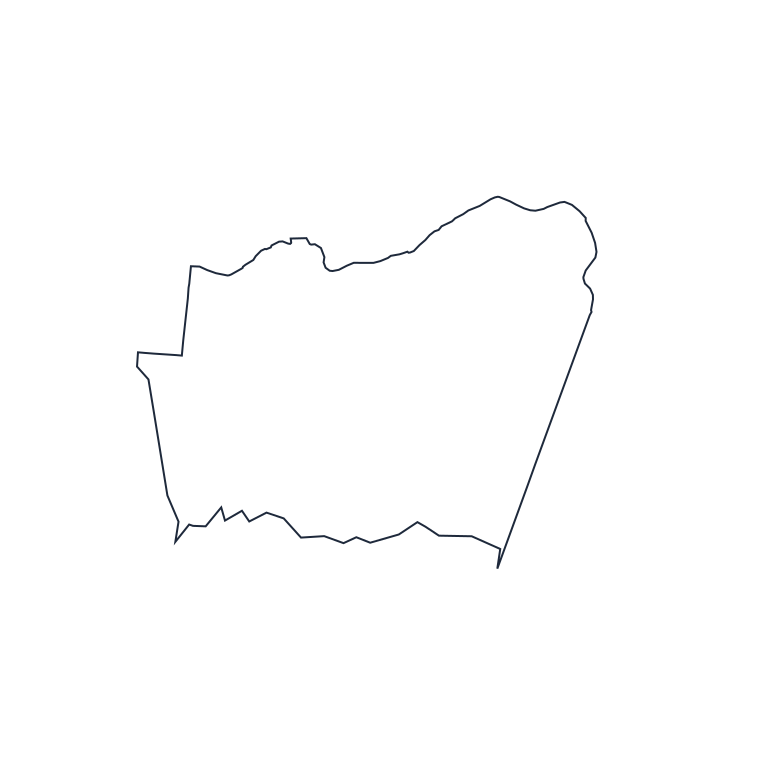 Montgomery, Maryland, United States of America, rotated 140°
{"feature_id": "52423323B79763443872127", "entity_name": "Montgomery", "entity_type": "district", "adm_level": 2, "iso_a3": "USA", "parent_name": "United States of America", "parent_adm1": "Maryland", "projection": "natural_earth1", "projection_center": [-77.245, 39.144], "detail": "fine", "context": "isolated", "style": "outline", "palette": "slate", "viewbox_px": 768, "rotation_deg": 140, "n_neighbors": 0, "source": "geoboundaries", "source_scale": "gbopen_adm2", "svg_char_len": 1846}
<svg xmlns="http://www.w3.org/2000/svg" viewBox="0 0 768 768"><g transform="rotate(140 384 384)"><path d="M552.1,566.4L562.0,556.1L561.5,538.9L575.0,516.1L577.3,512.2L593.6,484.8L621.6,437.8L629.9,410.6L645.3,397.2L623.6,401.6L621.5,398.1L612.1,389.6L588.0,394.1L593.6,381.6L574.3,378.2L575.6,365.3L556.7,361.0L547.2,345.5L546.3,319.7L527.6,305.9L517.3,288.1L503.7,284.4L496.6,271.3L469.4,259.2L447.2,256.7L444.0,248.1L439.4,232.5L414.7,211.0L401.0,182.9L415.9,169.7L339.3,213.9L322.0,224.0L320.3,225.0L182.1,304.5L178.7,305.8L177.9,307.5L169.5,314.5L166.7,318.0L164.8,324.6L165.5,331.8L163.6,336.3L162.6,337.7L156.5,341.3L140.8,345.0L136.3,348.6L131.6,356.4L127.7,366.4L124.7,379.3L122.7,381.6L122.8,383.2L123.1,390.7L124.9,400.4L127.8,405.9L128.7,407.5L132.5,409.9L145.2,414.6L149.1,415.5L156.6,419.4L160.3,423.1L163.8,428.5L167.5,436.5L170.0,442.8L170.2,443.2L175.5,453.2L176.5,454.3L179.2,455.7L183.6,457.0L196.2,458.9L207.8,462.7L214.2,463.2L223.0,465.2L225.2,465.0L227.4,464.9L238.5,467.8L243.1,466.9L247.2,468.5L253.4,468.7L259.8,467.7L267.4,467.6L275.7,466.7L279.6,468.0L280.8,468.8L281.0,470.3L285.5,472.0L288.8,473.4L296.4,477.8L299.9,478.0L307.8,480.5L314.3,483.6L329.3,496.3L336.4,498.5L345.2,500.5L350.8,503.6L352.8,505.7L354.0,510.6L352.1,516.0L348.1,519.5L344.9,528.7L347.1,535.5L350.2,537.6L350.9,539.0L349.7,545.6L362.0,555.4L364.1,552.1L364.6,551.7L365.9,551.7L367.2,553.2L370.0,558.4L372.9,560.5L381.1,562.4L382.9,561.4L387.5,562.9L388.4,564.0L392.5,565.1L400.1,564.4L404.4,563.0L413.5,564.4L416.7,564.5L417.6,563.8L418.9,563.9L430.5,566.1L432.9,566.9L434.2,567.8L441.5,576.9L446.2,584.9L449.8,592.5L456.2,598.3L468.7,586.0L471.8,583.4L479.3,575.6L484.0,571.1L495.6,560.0L509.8,546.4L519.4,536.9L520.6,535.7L524.5,539.6L541.4,555.8L542.9,557.3L547.4,561.7L552.1,566.4Z" fill="none" stroke="#1e293b" stroke-width="2"/></g></svg>